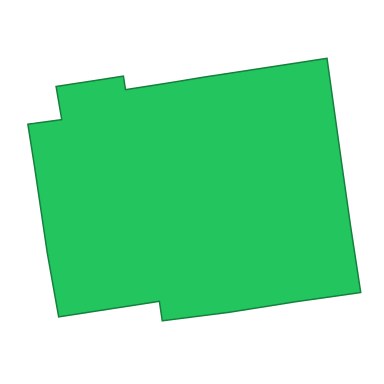 Kosciusko, Indiana, United States of America (Mercator projection), rotated 82°
{"feature_id": "52423323B75702565689180", "entity_name": "Kosciusko", "entity_type": "district", "adm_level": 2, "iso_a3": "USA", "parent_name": "United States of America", "parent_adm1": "Indiana", "projection": "mercator", "projection_center": [-85.876, 41.239], "detail": "fine", "context": "isolated", "style": "filled", "palette": "green", "viewbox_px": 384, "rotation_deg": 82, "n_neighbors": 0, "source": "geoboundaries", "source_scale": "gbopen_adm2", "svg_char_len": 399}
<svg xmlns="http://www.w3.org/2000/svg" viewBox="0 0 384 384"><g transform="rotate(82 192 192)"><path d="M67.7,243.8L68.6,311.9L102.2,310.9L102.0,345.1L144.7,344.4L232.0,343.8L297.1,341.4L295.7,239.5L315.4,239.4L316.3,171.7L315.9,149.2L315.1,105.4L315.0,38.9L247.8,39.7L179.5,39.8L78.4,39.7L79.9,165.1L80.8,203.5L81.4,243.6L67.7,243.8Z" fill="#22c55e" stroke="#15803d" stroke-width="1.5"/></g></svg>